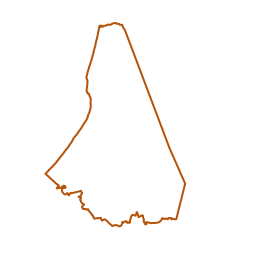 Limon, Colón, Honduras (Natural Earth projection), rotated 284°
{"feature_id": "27666195B22880782572265", "entity_name": "Limon", "entity_type": "district", "adm_level": 2, "iso_a3": "HND", "parent_name": "Honduras", "parent_adm1": "Colón", "projection": "natural_earth1", "projection_center": [-85.558, 15.789], "detail": "fine", "context": "isolated", "style": "outline", "palette": "amber", "viewbox_px": 256, "rotation_deg": 284, "n_neighbors": 0, "source": "geoboundaries", "source_scale": "gbopen_adm2", "svg_char_len": 5286}
<svg xmlns="http://www.w3.org/2000/svg" viewBox="0 0 256 256"><g transform="rotate(284 128 128)"><path d="M219.8,75.7L219.4,75.7L218.2,75.7L216.9,75.8L215.9,75.9L211.9,76.0L209.3,76.2L208.2,76.1L207.9,76.2L204.3,76.1L203.0,76.2L202.2,76.1L201.1,76.3L199.8,76.4L198.1,76.2L197.4,76.3L195.7,76.2L194.8,76.2L194.3,76.3L193.7,76.2L192.6,76.3L190.5,76.1L189.9,76.2L188.2,76.2L185.7,76.1L181.1,75.8L179.1,75.7L178.3,75.5L177.8,75.5L177.2,75.6L176.4,75.6L174.9,75.4L173.9,75.4L173.2,75.3L172.6,75.3L170.8,75.4L168.7,75.3L167.7,75.3L167.2,75.4L165.6,76.1L164.5,77.0L163.7,77.4L161.9,77.7L161.3,77.9L160.5,77.9L158.4,78.3L156.7,78.4L155.7,78.5L154.8,78.6L154.1,78.9L153.8,79.0L153.7,79.3L153.5,79.5L152.8,79.8L152.3,80.0L151.9,80.3L151.8,80.6L151.9,81.4L151.5,82.0L151.1,82.3L150.4,82.5L149.7,83.0L148.9,83.6L147.8,84.6L147.5,84.8L147.1,84.9L146.4,85.1L143.9,85.5L142.7,85.8L142.1,86.1L140.9,86.3L139.4,86.7L138.4,86.8L136.7,86.8L135.8,86.8L133.3,86.7L132.2,86.4L131.4,86.3L130.9,86.2L129.8,86.3L127.8,86.1L126.3,85.8L124.7,85.4L122.8,84.6L121.1,84.0L120.5,83.9L119.9,83.6L118.7,83.2L117.7,83.0L116.5,82.7L115.2,82.1L112.5,81.0L110.3,80.3L106.9,78.6L104.6,77.6L104.0,77.4L102.6,77.2L100.6,76.6L98.3,75.7L94.3,74.3L91.3,72.8L89.0,71.9L82.2,68.8L79.6,67.7L77.2,66.6L76.2,66.2L73.4,64.6L68.1,61.5L65.4,60.1L63.6,59.1L56.3,72.4L56.3,72.8L56.2,73.3L55.9,73.7L55.7,74.2L55.4,74.6L55.1,74.9L54.9,74.9L54.4,74.6L53.6,74.0L52.9,73.6L52.4,73.5L52.2,73.7L52.2,73.9L52.3,74.1L52.4,74.3L52.8,74.7L53.1,75.2L53.3,75.6L53.5,76.8L53.6,77.2L53.9,77.5L54.4,77.8L55.8,79.1L56.2,79.4L56.4,79.5L56.4,79.9L56.4,80.4L56.3,80.8L56.1,81.1L55.8,81.5L55.5,81.7L55.2,81.8L54.9,81.7L54.7,81.5L54.4,80.5L54.2,80.0L54.0,79.6L53.8,79.4L53.4,79.1L52.9,78.9L52.3,78.8L51.8,78.9L51.1,79.1L49.6,80.3L48.5,82.0L48.3,82.5L48.3,82.9L48.3,83.1L48.4,83.4L48.6,83.6L48.8,83.8L49.9,84.6L50.0,84.7L50.1,84.8L50.0,85.1L49.6,85.6L49.3,85.9L48.9,86.2L48.6,86.5L48.5,86.8L48.5,87.0L48.8,87.2L49.8,87.4L50.5,87.7L51.0,87.9L51.2,88.1L51.2,88.3L51.2,88.5L51.1,89.1L55.5,97.5L55.2,97.6L55.0,97.8L54.1,99.0L53.7,99.1L53.4,99.2L52.2,98.7L51.6,98.6L50.0,98.6L49.8,98.5L49.8,98.2L49.8,97.5L49.8,97.3L49.4,96.8L49.2,96.8L49.1,97.1L49.0,98.6L48.9,99.2L48.6,99.3L48.1,99.1L47.5,99.3L47.2,99.2L46.9,99.0L46.6,99.0L46.0,99.8L44.5,100.8L43.9,101.4L43.8,101.5L43.7,103.0L43.3,103.3L43.1,103.8L42.9,103.8L42.7,103.7L41.2,102.7L40.5,102.5L40.2,102.5L39.7,103.1L39.3,103.2L39.1,103.5L38.8,103.8L38.6,104.4L38.6,104.5L38.9,105.2L39.1,106.1L39.1,106.4L38.9,106.8L38.8,107.2L39.4,108.4L39.4,108.6L39.4,109.1L38.7,109.3L38.4,109.5L38.3,109.8L38.0,110.3L37.9,110.6L37.3,111.1L36.8,111.8L36.0,113.2L35.9,113.4L35.5,113.5L35.2,113.7L34.5,115.1L34.1,115.5L33.9,115.7L33.7,115.6L33.4,115.6L33.2,116.0L32.3,116.7L32.1,116.9L32.0,117.6L32.1,118.2L33.1,119.9L33.4,120.8L33.5,121.0L33.4,121.4L33.6,122.0L33.7,122.4L34.2,123.0L34.2,123.3L34.1,123.5L33.3,123.8L33.0,124.0L32.4,124.5L32.1,124.9L32.0,125.3L32.2,125.7L33.1,126.5L33.4,126.8L33.5,127.0L33.7,127.7L33.7,128.0L33.6,128.3L33.5,128.6L33.1,129.1L32.8,129.8L32.1,131.1L31.2,132.4L30.4,133.9L29.9,135.4L29.3,136.1L29.1,136.4L29.1,136.5L29.7,137.3L30.0,137.7L31.0,140.1L31.0,140.4L30.5,142.6L30.5,143.0L30.6,143.5L30.7,143.8L30.9,144.1L31.4,144.8L31.8,145.1L32.8,145.2L34.2,145.6L35.1,145.2L35.4,145.2L35.5,145.3L35.5,145.6L35.4,146.4L35.4,146.7L35.5,146.9L35.7,147.2L36.0,147.4L36.5,147.7L36.8,148.0L37.0,148.2L37.1,148.5L37.0,148.9L36.8,149.4L36.6,149.6L36.0,150.0L35.9,150.3L36.5,150.9L36.5,151.1L36.4,151.4L36.2,151.9L36.3,152.2L36.5,152.5L37.0,152.8L37.7,152.6L38.5,152.3L38.9,152.2L40.7,152.5L43.0,152.6L43.9,152.8L44.3,153.0L44.7,153.3L44.9,153.6L45.0,153.8L45.0,154.3L44.7,156.1L44.7,156.3L44.8,156.4L45.1,156.6L46.2,156.8L47.3,156.8L47.9,156.7L48.2,156.8L48.4,157.0L48.2,157.3L47.8,157.6L46.4,158.6L45.3,159.2L44.2,159.8L44.2,160.1L44.8,160.7L45.9,162.0L46.6,162.7L46.7,162.9L46.7,163.2L46.7,163.4L46.6,163.6L46.4,163.7L44.7,164.4L43.6,165.1L43.1,165.5L42.8,165.6L42.1,165.8L41.3,165.7L40.9,165.8L40.7,166.0L40.5,167.1L40.2,167.3L39.5,167.3L39.2,167.4L39.0,167.7L38.8,168.0L39.0,168.9L39.2,169.1L39.5,169.1L40.5,168.8L40.9,168.8L41.1,168.9L41.2,169.0L41.2,171.3L41.4,173.8L41.4,174.3L41.5,174.6L41.8,175.0L42.4,177.1L43.1,179.0L43.4,179.7L44.2,181.0L44.7,181.4L46.0,182.3L47.2,182.7L48.6,182.9L48.8,183.0L48.9,183.3L48.5,184.7L48.5,185.4L48.5,185.5L49.1,186.3L49.4,187.0L49.4,187.3L49.3,187.7L49.1,188.3L49.1,188.6L49.3,188.7L49.5,188.8L50.4,189.2L50.6,189.4L50.7,189.6L50.7,189.8L50.6,190.1L50.6,190.5L51.0,191.4L51.0,191.6L50.2,192.1L50.1,192.3L50.0,192.5L50.1,192.8L50.8,193.4L50.9,193.6L50.9,194.0L50.7,194.9L50.7,195.4L50.9,196.0L51.2,196.7L51.3,196.9L87.9,196.9L118.7,173.0L221.6,101.8L224.6,98.9L225.1,98.3L226.0,97.8L226.4,97.7L226.6,97.3L226.7,96.7L226.5,96.3L226.2,95.6L226.2,95.1L226.3,94.7L226.8,94.0L226.8,93.5L226.8,93.1L226.4,91.8L226.5,91.4L226.8,91.0L226.9,90.7L226.8,90.2L226.5,89.4L225.9,88.4L225.7,87.7L225.0,87.2L224.8,86.8L224.4,86.6L224.1,86.2L223.8,85.6L223.7,85.3L223.6,84.0L223.2,83.0L222.7,82.5L222.5,82.4L222.2,82.2L221.2,79.9L220.9,79.6L220.6,79.4L220.3,79.0L220.2,78.7L220.7,78.2L220.7,77.9L220.5,77.7L219.7,77.3L219.6,77.2L219.8,76.9L220.2,76.8L220.7,76.7L220.8,76.6L220.7,76.3L220.4,76.1L219.9,76.0L219.8,75.8L219.8,75.7Z" fill="none" stroke="#b45309" stroke-width="2"/></g></svg>